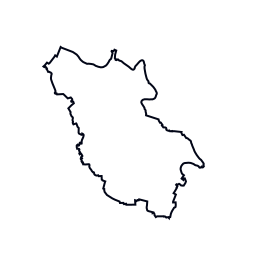 outline of Hoai Duc, Ha Noi, Vietnam, rotated 161°
{"feature_id": "81297802B48396752750587", "entity_name": "Hoai Duc", "entity_type": "district", "adm_level": 2, "iso_a3": "VNM", "parent_name": "Vietnam", "parent_adm1": "Ha Noi", "projection": "natural_earth1", "projection_center": [105.698, 21.023], "detail": "fine", "context": "isolated", "style": "outline", "palette": "ink", "viewbox_px": 256, "rotation_deg": 161, "n_neighbors": 0, "source": "geoboundaries", "source_scale": "gbopen_adm2", "svg_char_len": 5783}
<svg xmlns="http://www.w3.org/2000/svg" viewBox="0 0 256 256"><g transform="rotate(161 128 128)"><path d="M156.6,57.3L154.5,57.0L154.6,56.0L146.0,53.1L145.0,56.8L144.8,57.4L144.4,57.1L143.8,56.2L143.5,56.4L142.9,56.4L142.5,56.3L142.3,56.7L141.2,56.2L140.7,56.9L133.7,52.3L135.2,48.8L136.1,47.1L136.4,46.2L136.6,43.8L136.2,43.2L135.2,42.4L132.3,40.5L132.5,39.5L131.3,39.7L131.0,38.1L131.0,37.8L131.2,37.3L131.3,36.9L130.7,34.7L129.3,35.0L123.0,32.9L122.9,32.5L122.0,32.4L121.7,32.2L121.0,30.9L120.2,31.0L119.0,30.3L118.6,29.5L118.2,30.4L117.3,30.0L117.1,30.0L115.4,32.9L114.3,34.2L113.3,35.2L110.4,37.6L109.9,37.7L109.0,37.7L108.4,38.5L107.8,40.0L107.2,42.2L109.6,42.9L109.4,43.6L104.4,49.5L106.1,51.5L104.2,53.0L101.4,55.4L101.6,55.7L101.5,55.9L100.3,56.8L100.5,57.6L101.0,58.6L100.4,59.0L99.6,58.5L99.0,58.3L97.9,58.6L97.6,58.3L97.2,57.8L96.6,56.5L95.9,56.1L95.4,55.8L94.3,55.5L94.1,55.4L91.7,57.3L90.6,58.6L90.7,61.9L91.7,62.2L92.6,60.9L93.8,62.7L92.5,63.7L90.5,65.1L91.4,66.5L91.7,67.0L91.8,67.5L91.9,68.4L91.8,71.0L91.7,71.8L91.4,72.6L91.1,73.2L90.5,74.0L90.1,74.5L89.3,75.2L87.4,76.3L86.5,76.4L85.8,76.4L82.6,75.6L82.0,75.4L80.6,74.8L79.9,74.4L77.7,72.6L77.1,71.7L76.7,71.2L76.0,70.6L75.1,70.1L74.4,69.6L73.7,68.7L73.4,67.5L72.9,67.0L72.7,67.0L72.2,67.1L71.8,66.9L71.6,67.0L71.3,67.3L71.1,67.4L70.9,66.8L70.6,66.6L70.2,66.4L69.8,66.5L69.2,66.8L68.7,67.2L68.8,67.4L69.0,67.9L69.0,68.2L68.5,68.8L68.1,69.3L68.1,69.8L68.2,70.6L68.7,72.2L69.3,74.1L70.3,75.6L70.8,76.9L71.8,80.0L72.5,83.2L72.7,84.7L72.7,86.2L73.0,90.6L72.9,91.5L73.1,93.2L72.9,94.5L72.9,95.3L73.2,96.0L73.6,96.4L74.9,98.6L75.3,99.1L75.8,99.4L76.2,99.5L77.3,103.4L78.8,103.6L79.1,105.8L78.9,106.5L78.7,106.8L85.7,110.1L87.3,110.4L87.3,110.8L89.3,111.2L89.8,112.2L90.5,112.1L91.8,113.1L92.2,113.6L92.3,114.1L91.9,115.2L92.0,115.8L92.4,116.2L93.0,116.6L94.4,117.1L95.1,119.3L94.4,119.6L95.2,122.4L95.5,122.6L96.0,122.6L96.5,124.9L96.3,126.2L106.8,134.1L106.1,136.0L106.1,137.0L106.0,137.8L105.7,138.5L105.7,139.1L105.7,139.5L106.1,140.5L106.1,140.8L105.9,141.6L106.0,142.4L107.0,146.4L107.1,147.8L106.8,148.5L106.3,149.1L105.6,149.5L104.9,149.8L103.1,149.8L102.5,149.6L100.7,149.0L99.1,148.3L98.4,148.0L96.8,147.6L95.5,147.1L93.8,147.2L93.0,147.4L92.3,147.9L91.6,148.6L90.7,149.9L89.8,150.8L89.5,151.4L89.4,151.8L89.4,152.6L89.6,153.7L89.7,155.2L90.1,156.7L90.7,158.6L91.7,160.7L92.6,162.5L92.8,162.9L93.4,163.3L93.6,163.5L93.8,163.8L93.8,164.1L93.5,165.2L93.5,165.6L94.1,167.5L94.2,168.6L94.1,170.4L93.8,173.9L93.2,177.6L92.9,179.3L92.3,180.9L92.0,181.3L91.7,181.6L91.6,181.8L91.6,182.1L91.7,182.9L91.7,183.6L91.6,184.5L91.5,185.4L91.5,186.1L91.8,186.8L92.1,187.2L92.6,187.5L93.4,187.6L95.1,187.2L96.8,186.3L99.2,184.9L100.8,184.1L101.1,183.8L101.8,183.1L102.4,182.1L102.8,181.8L103.4,181.5L104.0,181.4L104.5,181.6L104.9,181.9L105.6,182.7L107.4,185.8L110.9,190.6L112.4,193.2L113.1,193.8L114.3,194.6L114.6,195.2L114.8,195.4L115.0,196.0L115.4,196.2L115.7,196.2L116.4,196.0L117.0,196.0L117.5,196.4L117.6,196.6L117.6,196.9L117.2,197.4L117.2,197.6L117.6,198.1L117.7,198.3L116.2,201.7L113.9,205.1L115.3,206.4L116.0,205.7L116.7,205.5L118.3,206.2L118.5,206.0L118.6,205.8L118.2,204.3L118.2,203.8L121.1,199.4L121.7,198.8L122.9,198.4L123.7,197.8L124.8,196.7L126.9,195.1L128.3,194.3L129.1,194.1L131.5,193.7L132.3,193.8L133.9,194.2L136.2,195.6L137.4,196.6L138.2,197.2L139.8,199.2L140.3,199.6L142.3,200.7L144.5,201.7L145.8,202.0L147.9,204.0L148.9,205.0L149.6,206.1L150.5,207.7L151.1,209.4L151.6,211.6L152.6,214.1L154.1,216.1L155.4,217.8L157.3,219.4L164.6,225.5L165.3,226.5L172.0,218.7L173.2,220.4L174.4,219.3L180.7,215.1L182.0,214.6L183.3,216.2L186.4,214.3L187.9,213.7L187.3,212.8L186.1,213.0L185.3,210.8L185.9,210.5L185.5,209.3L185.2,207.0L184.4,206.9L184.0,206.6L183.7,206.1L183.1,205.7L182.5,204.5L182.6,203.9L183.4,202.8L184.6,200.3L184.9,198.9L184.9,194.9L184.5,188.1L184.5,187.1L184.6,186.3L185.0,185.8L185.8,185.0L185.8,184.5L185.4,184.0L184.3,184.0L184.2,182.9L178.2,181.2L177.6,180.2L175.3,175.6L172.2,175.5L171.4,173.6L171.5,172.9L171.9,172.3L172.4,172.2L172.8,172.1L173.0,171.8L173.1,171.5L173.0,171.3L172.8,171.1L171.2,170.7L171.2,169.0L174.1,167.9L178.0,166.0L177.1,161.7L177.5,161.1L177.8,160.1L177.5,157.3L176.9,156.4L176.8,155.6L177.1,154.9L177.7,154.0L178.0,153.0L177.9,152.1L178.0,151.8L178.1,151.5L178.5,151.1L178.5,150.7L178.6,150.3L178.5,149.6L178.4,149.2L175.5,149.2L175.3,148.5L175.3,145.6L174.6,144.0L176.2,139.8L176.2,138.8L174.5,137.0L174.2,136.7L173.8,136.6L173.5,136.8L173.2,137.4L173.1,137.6L172.7,137.2L172.3,136.5L172.2,135.8L172.5,135.2L172.9,134.5L173.5,133.7L175.4,131.7L176.1,130.6L176.9,128.4L177.3,128.4L177.6,128.5L177.5,129.5L178.0,129.8L178.3,129.7L178.5,129.6L179.9,127.5L180.3,127.4L180.6,127.4L180.9,127.6L181.0,127.7L181.1,128.6L181.8,128.4L182.2,128.1L182.6,126.9L182.8,126.1L182.8,124.9L182.4,124.9L181.3,124.3L181.0,124.0L181.0,123.6L181.0,123.4L181.5,122.9L181.6,122.6L181.6,122.2L181.2,120.7L181.6,120.4L181.8,119.9L182.3,119.9L182.4,119.7L182.2,118.9L181.2,119.4L180.9,119.3L180.8,119.1L180.5,118.3L180.5,117.6L180.3,117.3L180.3,117.0L180.2,116.7L180.4,116.2L181.1,116.1L181.7,115.8L181.9,115.5L182.1,115.3L182.1,115.1L181.5,114.9L181.4,114.2L182.7,114.0L182.3,112.1L182.8,111.5L182.6,110.6L181.9,110.4L181.8,109.6L182.3,109.3L182.2,108.2L181.6,108.1L180.7,107.6L179.8,107.3L176.8,106.5L176.5,106.2L176.5,105.4L177.1,104.3L177.2,103.5L177.1,102.3L176.7,101.3L176.4,100.4L176.2,99.2L175.9,98.4L175.5,97.5L174.9,97.4L174.7,97.1L174.7,96.5L174.9,95.5L174.8,95.0L174.5,94.4L173.5,93.4L172.6,93.1L171.6,93.0L171.4,92.0L168.6,91.2L169.5,88.1L169.6,87.7L169.1,87.1L169.1,86.7L166.9,84.9L167.5,84.2L171.1,78.8L170.3,78.1L170.7,77.0L170.9,75.2L169.7,71.5L165.7,66.5L163.6,64.4L159.9,61.2L160.0,59.7L156.7,58.7L156.8,57.8L156.6,57.3Z" fill="none" stroke="#020617" stroke-width="2"/></g></svg>